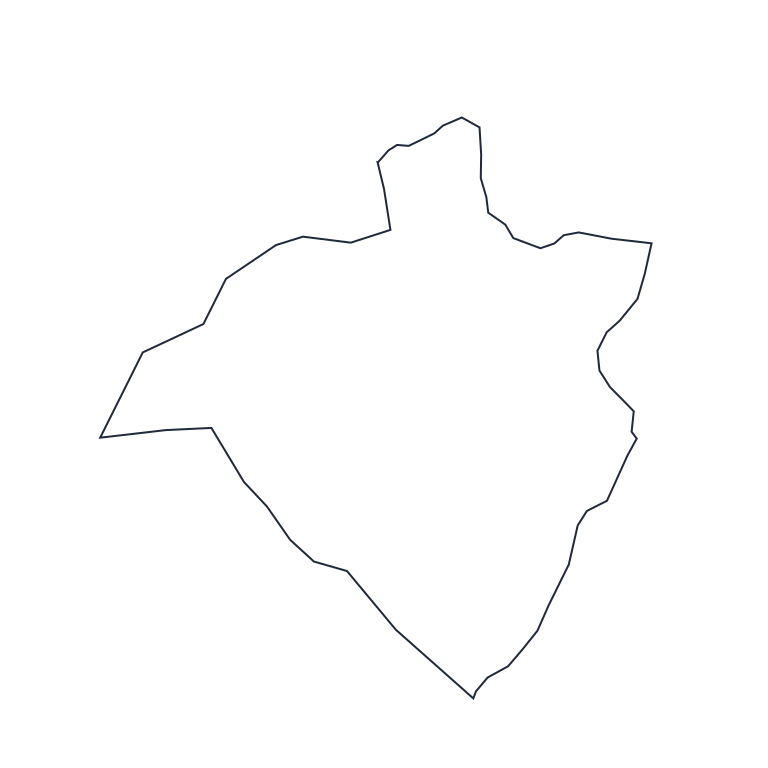 outline of Vänersborg, Västra Götaland, Sweden, rotated 196°
{"feature_id": "70781695B41562985263566", "entity_name": "Vänersborg", "entity_type": "district", "adm_level": 2, "iso_a3": "SWE", "parent_name": "Sweden", "parent_adm1": "Västra Götaland", "projection": "albers", "projection_center": [12.351, 58.463], "detail": "fine", "context": "isolated", "style": "outline", "palette": "slate", "viewbox_px": 768, "rotation_deg": 196, "n_neighbors": 0, "source": "geoboundaries", "source_scale": "gbopen_adm2", "svg_char_len": 922}
<svg xmlns="http://www.w3.org/2000/svg" viewBox="0 0 768 768"><g transform="rotate(196 384 384)"><path d="M165.6,593.0L205.1,586.4L238.5,583.4L252.2,576.6L259.0,566.0L271.1,557.6L299.9,559.9L311.3,570.6L331.0,577.4L337.1,591.8L347.7,608.5L353.8,631.2L362.9,657.0L382.7,661.6L398.6,648.6L404.7,638.8L425.9,619.7L437.3,617.4L444.1,609.8L450.9,595.4L451.3,595.4L437.7,571.4L420.3,533.9L454.9,510.7L502.5,503.3L526.1,487.8L563.3,443.4L564.9,441.5L574.1,391.9L624.6,347.9L642.0,254.2L580.9,279.6L537.8,294.2L491.6,251.2L462.8,234.0L431.2,208.3L402.4,194.0L368.0,194.0L304.8,151.0L211.5,106.4L210.9,113.9L203.5,130.4L186.9,146.9L177.7,167.1L168.5,189.1L164.7,216.7L156.6,261.4L158.8,301.4L154.0,317.9L137.5,333.2L130.2,382.7L126.0,401.2L132.8,406.3L136.4,426.6L149.3,434.0L165.9,443.3L180.6,456.3L188.0,474.8L184.2,495.1L174.9,509.8L163.8,535.7L163.7,561.6L165.6,593.0Z" fill="none" stroke="#1e293b" stroke-width="2"/></g></svg>